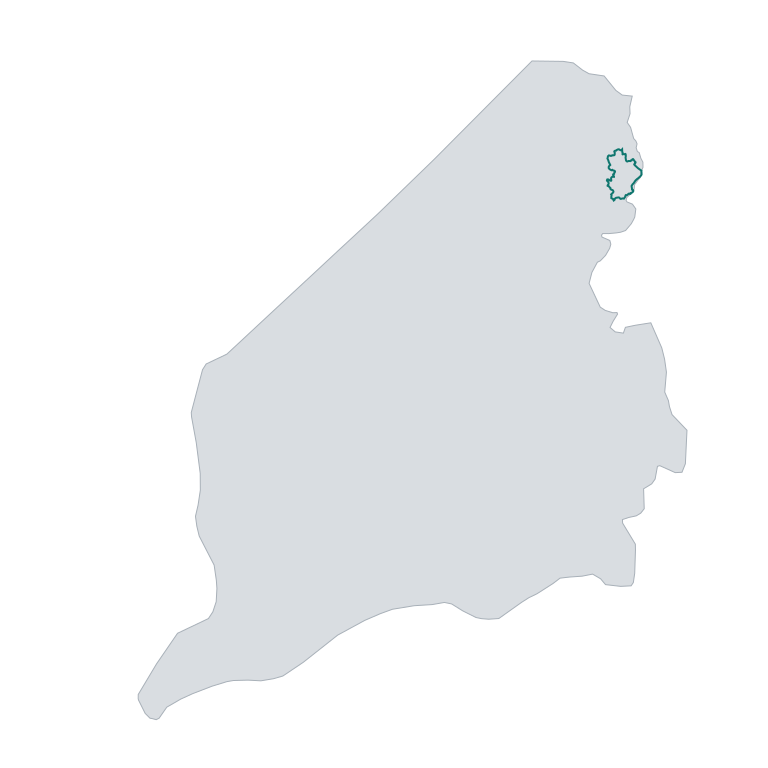 Qatana, Rif Dimashq, Syria (highlighted), rotated 171°
{"feature_id": "27442178B63011141740515", "entity_name": "Qatana", "entity_type": "district", "adm_level": 2, "iso_a3": "SYR", "parent_name": "Syria", "parent_adm1": "Rif Dimashq", "projection": "equal_earth", "projection_center": [36.018, 33.361], "detail": "fine", "context": "in_parent", "style": "outline", "palette": "teal", "viewbox_px": 768, "rotation_deg": 171, "n_neighbors": 0, "source": "geoboundaries", "source_scale": "gbopen_adm2", "svg_char_len": 6218}
<svg xmlns="http://www.w3.org/2000/svg" viewBox="0 0 768 768"><g transform="rotate(171 384 384)"><path d="M103.5,250.2L110.2,250.9L124.4,260.2L126.8,259.9L131.1,247.7L135.2,243.5L144.0,239.9L146.5,220.1L150.6,216.3L155.5,214.3L163.1,213.9L169.7,212.8L170.1,209.3L160.8,186.5L161.6,180.7L166.0,157.8L168.8,148.9L171.5,146.0L181.9,147.1L196.6,151.2L200.5,157.7L207.7,163.6L218.4,163.2L230.8,164.3L240.5,164.7L248.3,160.5L265.7,152.9L274.3,150.3L282.1,146.9L307.3,134.4L317.4,135.3L324.4,137.0L329.7,139.0L341.7,147.6L351.6,156.2L358.5,158.8L370.9,158.6L388.9,160.3L410.9,160.2L423.7,157.7L440.1,153.5L469.1,143.2L507.2,121.8L529.6,111.4L539.3,110.2L552.0,110.1L564.7,112.8L579.2,114.7L585.8,114.6L601.3,112.4L621.4,108.1L634.0,104.6L649.1,98.8L658.4,89.1L661.5,88.1L665.5,89.9L667.4,90.5L671.4,96.0L675.9,110.2L676.0,111.7L675.3,115.8L665.6,127.4L652.4,143.2L642.9,153.2L626.9,170.1L614.7,173.7L594.1,179.8L588.7,185.7L583.8,195.2L581.0,208.2L580.3,216.4L580.1,231.7L585.3,247.5L590.3,262.7L591.1,272.8L590.9,282.8L586.6,293.4L582.0,307.9L579.5,324.4L578.6,355.4L579.2,381.7L578.8,386.0L570.6,404.7L561.0,426.5L556.5,431.6L534.5,438.1L510.7,454.1L484.1,472.0L459.8,488.3L434.3,505.4L407.9,523.2L388.9,535.9L363.6,552.9L340.4,569.2L316.9,585.7L299.1,598.2L271.9,618.1L256.0,629.7L232.5,646.9L211.8,662.0L187.3,679.9L156.5,674.6L146.8,671.5L138.8,663.0L133.0,658.4L118.4,653.8L109.1,637.7L103.5,632.1L93.8,629.5L97.9,619.3L98.7,612.5L102.9,604.3L100.3,598.9L99.0,587.4L97.2,584.6L96.5,581.6L98.0,577.9L97.4,574.1L95.7,572.5L95.0,566.8L93.6,562.6L94.3,557.5L96.4,554.1L98.7,547.7L101.2,545.7L105.3,541.7L106.4,537.5L110.1,533.4L115.1,530.1L116.2,527.4L115.5,525.8L110.5,522.8L107.9,517.5L110.2,509.7L111.8,507.3L114.7,503.6L121.4,497.8L126.5,496.9L131.0,496.9L138.6,497.4L144.5,498.4L145.9,496.9L145.7,495.0L138.5,490.4L138.1,486.6L139.9,482.7L145.0,476.4L151.1,471.8L154.2,470.9L161.2,461.7L165.7,451.3L158.4,426.1L154.0,422.1L146.9,418.6L142.7,418.1L142.4,416.5L147.9,410.1L151.9,404.5L147.5,399.3L139.6,396.8L136.7,402.2L126.6,402.7L110.9,402.7L104.0,376.2L103.0,364.7L103.2,351.5L108.0,332.1L105.7,323.1L105.6,317.0L104.3,308.7L92.0,290.9L98.8,258.1L103.5,250.2Z" fill="#d9dde1" stroke="#a8b0b8" stroke-width="1"/><path d="M131.7,550.8L132.0,550.2L131.8,549.6L131.3,549.1L131.2,548.9L130.8,547.9L130.7,547.4L130.8,546.7L131.1,546.2L131.7,545.6L131.8,545.5L131.8,545.4L132.1,545.1L132.1,544.7L131.7,544.6L131.0,544.2L130.8,543.7L130.6,543.2L130.0,542.6L129.7,542.1L129.9,541.4L129.1,540.3L128.5,540.1L127.9,539.8L127.5,539.2L127.3,538.4L127.3,538.0L127.6,537.5L128.1,537.0L128.8,536.6L130.0,535.7L129.7,535.0L129.7,534.8L130.2,533.4L130.4,532.0L129.6,531.4L129.0,531.1L128.7,530.2L128.4,529.3L128.0,529.5L127.5,529.8L127.3,530.3L127.1,530.9L126.6,531.1L125.7,531.6L124.7,531.6L123.7,531.6L123.2,531.6L122.6,531.4L122.2,530.9L121.7,530.1L121.3,529.8L120.6,529.8L119.6,530.0L118.0,529.6L117.9,529.6L117.6,530.0L117.3,530.4L117.1,530.6L116.8,530.8L116.7,531.0L116.4,531.3L116.3,531.7L116.2,531.8L116.1,532.0L115.9,532.3L115.9,532.5L115.5,532.8L115.3,532.7L115.1,532.6L114.9,532.5L114.7,532.5L114.3,532.6L114.1,532.7L113.8,532.9L113.6,533.0L113.4,533.2L113.2,533.3L112.7,533.6L112.4,533.6L112.2,533.7L111.9,533.5L111.7,533.4L111.3,533.2L111.2,533.2L110.8,533.3L110.7,533.4L110.5,533.5L110.4,533.6L110.3,533.8L110.3,534.0L110.2,534.0L109.8,534.1L109.7,534.1L109.4,534.2L109.0,534.3L108.7,534.5L108.3,534.7L108.2,534.8L108.0,535.0L107.9,535.1L107.8,535.3L107.7,535.4L107.6,535.5L107.5,535.9L107.5,536.0L107.5,536.3L107.6,536.5L107.8,536.6L107.9,536.8L108.1,536.8L108.3,536.8L108.5,537.1L108.6,537.5L108.5,538.0L108.5,538.4L108.5,538.9L108.5,539.4L108.5,539.6L108.5,540.1L108.5,540.5L108.5,540.8L108.4,540.9L108.3,541.1L108.2,541.3L107.9,541.6L107.7,541.8L107.4,542.1L107.2,542.4L107.0,542.5L106.9,542.6L106.6,542.8L106.4,542.9L106.3,543.0L106.0,543.3L105.8,543.5L105.6,543.6L105.4,543.9L105.2,544.0L105.0,544.3L104.9,544.4L104.8,544.6L104.7,544.7L104.6,544.9L104.4,545.0L104.1,545.3L103.8,545.5L103.7,545.6L103.6,545.8L103.4,545.9L103.3,546.0L103.1,546.1L102.8,546.3L102.7,546.3L102.4,546.6L102.2,546.7L101.9,546.8L101.7,547.0L101.4,547.1L101.1,547.3L100.8,547.4L100.7,547.5L100.4,547.7L100.3,547.8L100.1,547.9L99.9,548.0L99.7,548.1L99.5,548.3L99.4,548.3L99.2,548.4L99.1,548.5L98.9,548.6L98.6,548.9L98.4,549.0L98.2,549.2L97.9,549.4L97.8,549.5L97.7,549.6L97.4,549.8L97.3,550.0L97.2,550.1L97.0,550.4L96.9,550.6L96.8,550.8L96.8,551.0L96.7,551.1L96.7,551.3L96.7,551.6L96.7,551.8L96.7,552.1L96.7,552.3L96.6,552.5L96.5,552.9L96.5,553.0L96.5,553.3L96.5,553.5L96.6,553.9L96.6,554.0L96.5,554.3L96.4,554.5L99.2,557.2L100.1,558.3L101.0,559.5L101.9,560.6L102.5,561.6L102.5,561.9L101.8,562.3L101.5,562.5L101.3,562.8L101.5,563.0L101.5,563.3L101.2,563.5L100.9,563.8L101.3,564.4L101.7,565.0L102.0,565.6L102.3,566.3L102.7,567.1L103.1,567.2L103.6,567.0L104.3,566.2L104.9,566.3L105.4,565.7L105.8,565.6L106.8,565.9L107.7,566.0L108.6,565.7L109.2,565.8L109.5,566.1L109.8,566.5L110.0,567.2L110.0,567.6L110.0,568.3L110.0,569.0L110.0,569.8L109.9,570.1L109.5,571.3L109.4,572.7L109.4,573.2L109.7,573.5L110.7,573.3L111.4,573.6L112.4,573.5L112.5,573.7L112.3,574.4L112.2,574.9L112.1,575.4L112.4,575.9L112.1,578.5L112.9,577.9L113.9,577.9L115.3,579.1L116.3,579.1L117.0,578.9L117.6,578.7L117.9,578.5L118.2,578.2L118.8,578.3L119.4,578.2L119.9,578.0L120.2,577.5L119.9,576.4L120.3,574.4L120.7,574.0L121.3,573.9L122.0,574.1L122.9,574.2L123.0,574.1L123.2,573.9L123.3,573.9L123.5,573.8L123.8,573.8L124.0,573.8L124.3,573.8L124.5,573.9L124.5,574.0L125.4,574.3L126.1,574.6L127.2,573.9L127.8,572.1L128.0,571.9L127.9,571.2L127.6,570.4L127.4,569.4L127.3,568.3L126.9,567.0L126.7,566.1L126.3,565.4L126.3,564.8L126.9,564.5L127.7,563.9L128.0,563.5L128.3,562.2L128.0,561.7L127.7,561.0L126.8,560.2L126.4,559.9L126.1,559.7L125.8,559.5L124.9,559.8L124.1,558.9L123.7,558.8L123.2,558.7L122.7,558.2L122.7,557.9L122.6,557.7L122.8,557.2L123.2,556.8L123.6,556.4L123.8,555.6L124.2,555.2L124.6,555.3L124.9,555.2L125.0,554.8L124.9,554.2L124.6,553.5L124.4,553.1L124.4,552.8L124.5,552.6L125.2,552.9L126.0,553.0L126.6,552.7L127.1,552.4L127.5,551.8L127.7,549.4L128.0,549.2L129.2,549.7L129.9,550.6L130.8,551.1L131.5,551.1L131.7,550.8Z" fill="none" stroke="#0f766e" stroke-width="2"/></g></svg>